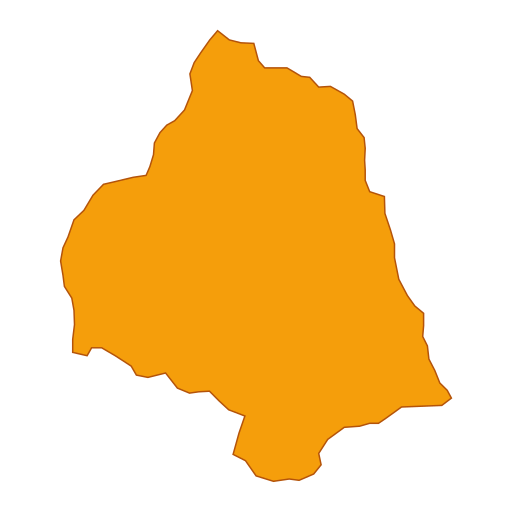 Nova Canaã Paulista, São Paulo, Brazil
{"feature_id": "56859067B96642600712533", "entity_name": "Nova Canaã Paulista", "entity_type": "district", "adm_level": 2, "iso_a3": "BRA", "parent_name": "Brazil", "parent_adm1": "São Paulo", "projection": "mercator", "projection_center": [-50.91, -20.369], "detail": "fine", "context": "isolated", "style": "filled", "palette": "amber", "viewbox_px": 512, "rotation_deg": 0, "n_neighbors": 0, "source": "geoboundaries", "source_scale": "gbopen_adm2", "svg_char_len": 1312}
<svg xmlns="http://www.w3.org/2000/svg" viewBox="0 0 512 512"><path d="M451.4,398.1L447.2,390.3L439.8,383.0L434.8,370.5L428.9,359.1L427.4,345.9L422.7,336.5L423.6,325.7L423.6,313.3L414.8,306.0L407.4,295.6L398.8,279.3L394.5,257.8L394.5,243.9L390.5,230.1L384.9,213.4L384.4,196.5L369.7,191.7L365.2,180.4L365.2,170.0L364.6,160.3L365.2,148.4L364.1,137.6L357.1,128.6L355.3,114.8L352.6,101.1L344.3,94.2L330.4,86.4L318.7,87.1L309.7,77.3L301.3,76.4L287.0,67.9L264.7,67.9L258.4,60.7L253.8,43.4L240.8,42.8L229.3,39.9L217.6,30.7L209.8,39.9L200.7,52.8L194.2,62.6L189.9,73.9L192.4,90.6L184.5,110.0L174.7,120.7L166.8,125.1L160.0,132.6L154.4,143.0L153.5,154.7L149.9,166.6L146.1,175.4L133.2,177.3L114.3,181.8L103.5,184.3L93.0,195.2L83.9,210.4L74.0,219.8L68.0,237.0L63.0,247.8L60.6,261.0L63.0,275.4L64.4,286.4L71.8,298.1L74.0,310.4L74.5,324.6L72.7,339.4L72.7,352.4L87.1,355.7L91.6,347.8L101.7,347.8L115.2,355.7L131.2,366.1L136.4,375.1L147.9,377.4L165.6,373.0L177.4,388.1L189.5,393.1L198.7,391.8L209.5,391.2L219.2,401.0L228.7,409.8L244.9,416.0L239.0,433.1L233.1,454.4L245.5,460.7L256.1,475.9L273.5,481.3L289.2,479.0L299.1,480.3L313.7,474.0L321.1,464.8L318.7,453.4L327.7,439.4L344.3,427.3L359.6,426.2L369.7,423.3L378.5,423.3L386.4,417.9L401.5,407.0L441.8,405.4L451.4,398.1Z" fill="#f59e0b" stroke="#b45309" stroke-width="1.5"/></svg>